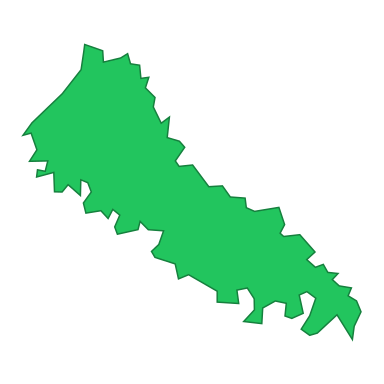 the district of King William, Virginia, United States of America
{"feature_id": "52423323B734450842646", "entity_name": "King William", "entity_type": "district", "adm_level": 2, "iso_a3": "USA", "parent_name": "United States of America", "parent_adm1": "Virginia", "projection": "mercator", "projection_center": [-77.062, 37.714], "detail": "fine", "context": "isolated", "style": "filled", "palette": "green", "viewbox_px": 384, "rotation_deg": 0, "n_neighbors": 0, "source": "geoboundaries", "source_scale": "gbopen_adm2", "svg_char_len": 1378}
<svg xmlns="http://www.w3.org/2000/svg" viewBox="0 0 384 384"><path d="M23.0,135.3L31.1,133.1L36.9,149.8L29.5,161.3L47.8,160.9L45.2,171.3L37.5,169.8L36.6,177.0L53.8,172.4L54.5,191.8L62.1,192.0L68.1,184.7L80.4,195.5L80.8,179.8L87.8,182.7L91.3,192.0L83.4,203.0L85.9,213.1L100.9,210.7L108.1,218.5L112.8,209.4L119.8,215.1L114.7,226.9L117.4,234.2L138.0,229.6L140.1,221.4L148.3,229.7L163.6,230.8L158.8,244.5L151.5,251.4L155.0,257.4L175.2,263.9L178.5,278.9L188.6,274.7L217.2,291.2L217.2,302.1L238.7,303.5L236.9,290.1L247.3,288.0L254.2,298.7L254.4,309.9L243.7,321.5L261.8,323.6L262.7,308.0L275.3,301.0L286.3,303.3L285.0,316.0L291.8,318.4L303.2,313.3L299.2,295.0L306.9,291.6L315.8,298.2L309.7,315.8L301.2,329.2L309.7,335.3L317.3,333.1L337.0,314.8L352.4,339.5L354.2,326.2L361.0,311.8L356.5,300.9L348.1,295.8L351.4,287.9L339.2,285.9L332.3,279.6L338.0,273.5L327.8,272.4L323.3,264.4L315.4,267.3L306.7,259.6L315.0,252.0L299.8,234.7L283.7,236.5L280.1,233.2L284.6,224.6L278.9,207.4L254.6,211.4L246.3,207.7L245.1,198.1L230.3,197.0L222.4,185.9L208.8,186.7L192.6,165.0L179.1,166.4L175.3,160.9L184.7,147.3L179.4,141.2L167.2,137.6L169.4,117.1L161.2,123.2L153.3,107.0L155.0,97.5L145.4,87.9L148.8,77.3L140.9,78.4L139.6,65.2L130.5,63.8L127.6,53.7L120.6,58.0L103.4,62.1L102.7,50.8L84.7,44.5L83.8,51.5L81.1,69.7L62.3,93.7L32.0,122.8L23.0,135.3Z" fill="#22c55e" stroke="#15803d" stroke-width="1.5"/></svg>